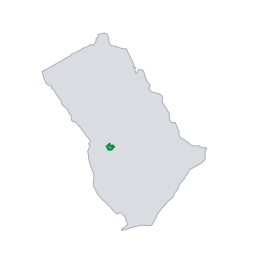 Techiman North, Brong Ahafo, Ghana (highlighted), rotated 331°
{"feature_id": "2480657B75157144819377", "entity_name": "Techiman North", "entity_type": "district", "adm_level": 2, "iso_a3": "GHA", "parent_name": "Ghana", "parent_adm1": "Brong Ahafo", "projection": "robinson", "projection_center": [-1.962, 7.702], "detail": "medium", "context": "in_parent", "style": "filled", "palette": "green", "viewbox_px": 256, "rotation_deg": 331, "n_neighbors": 0, "source": "geoboundaries", "source_scale": "gbopen_adm2", "svg_char_len": 3744}
<svg xmlns="http://www.w3.org/2000/svg" viewBox="0 0 256 256"><g transform="rotate(331 128 128)"><path d="M153.2,33.3L154.9,35.1L155.3,36.1L154.7,40.0L153.5,42.8L152.7,45.3L152.8,46.6L153.6,47.9L156.1,49.9L157.4,51.2L159.0,53.2L160.8,55.1L163.9,57.6L165.2,58.1L165.1,58.8L164.7,59.7L164.4,69.1L164.2,71.5L164.0,72.7L163.7,76.2L163.4,76.7L162.8,76.7L162.2,76.8L162.1,77.5L162.3,78.2L164.2,78.7L163.8,79.2L162.4,79.7L161.8,80.8L162.1,82.0L161.3,82.9L161.5,83.6L162.0,84.1L162.8,83.9L164.9,82.3L165.8,82.1L167.0,82.4L169.0,84.9L169.1,86.1L168.3,90.2L167.5,93.4L167.3,97.7L168.2,100.0L168.1,101.3L167.1,102.5L165.0,104.1L165.2,105.2L166.1,107.3L167.9,109.6L171.5,112.5L173.3,116.3L173.4,117.8L172.3,119.3L171.0,120.6L170.6,122.6L171.2,135.1L168.4,140.6L168.4,142.1L168.7,143.9L169.4,145.0L170.8,145.3L172.0,146.4L171.6,150.2L171.0,154.1L170.9,156.0L170.6,156.9L169.5,157.6L169.1,158.8L169.3,160.4L169.1,161.5L169.7,162.9L171.0,164.7L173.0,169.2L173.8,169.6L174.2,170.5L174.0,171.5L174.7,173.4L177.0,175.4L179.4,177.2L181.3,177.4L181.8,179.0L183.1,181.0L184.0,181.8L185.4,182.4L186.6,182.7L186.7,184.4L184.5,185.5L183.1,187.2L182.0,189.9L180.4,192.8L175.1,194.3L173.1,194.3L162.1,194.3L151.9,200.0L146.0,202.1L142.4,205.3L137.5,207.5L134.1,210.3L127.1,211.6L115.5,216.0L111.8,217.7L108.2,220.7L102.2,224.3L99.9,224.2L95.2,220.9L91.7,219.2L83.1,216.7L76.7,215.7L73.6,214.6L72.7,214.4L73.4,213.3L75.2,213.2L77.1,213.5L78.5,212.6L80.6,212.5L81.2,211.6L81.3,209.2L81.3,207.2L82.1,206.4L82.2,204.1L81.2,199.1L80.5,198.5L76.7,197.8L76.5,196.8L75.8,195.7L75.1,193.1L74.3,189.3L73.0,184.5L70.4,176.6L69.8,173.8L69.4,171.0L69.3,167.6L69.8,166.3L69.7,164.5L69.5,162.8L71.3,158.8L74.8,153.9L75.5,152.1L76.1,150.8L76.2,149.1L76.9,143.3L78.5,136.4L79.6,133.8L80.3,132.4L81.1,130.1L81.3,129.0L84.6,126.3L86.0,125.5L86.3,124.5L85.8,123.3L86.1,122.5L86.8,122.1L88.0,121.8L88.9,120.7L87.5,112.1L86.4,103.6L86.4,102.9L85.7,101.7L85.1,98.2L84.0,96.1L82.5,95.5L82.5,93.6L84.0,90.3L84.4,88.4L83.7,87.8L83.6,86.3L84.1,83.9L83.9,82.4L83.6,80.8L82.0,77.1L81.6,74.5L82.4,72.9L82.4,69.5L81.6,64.3L81.4,61.0L82.0,59.7L81.7,58.4L80.6,57.1L80.5,55.9L81.5,54.7L81.4,53.8L80.1,53.2L79.0,51.6L78.1,49.0L78.3,44.9L80.1,37.4L80.3,36.8L82.4,36.9L82.4,37.2L88.8,37.1L96.1,37.0L104.9,36.9L112.8,36.8L113.2,36.5L114.5,36.1L122.5,36.8L127.5,36.5L129.7,36.7L131.2,37.2L134.7,36.9L136.5,37.1L137.9,39.0L138.5,38.9L139.3,38.2L140.7,37.3L142.1,36.5L143.1,35.1L143.7,34.0L144.6,34.2L145.9,34.1L146.8,33.2L147.1,31.7L153.2,33.3Z" fill="#d9dde1" stroke="#a8b0b8" stroke-width="1"/><path d="M100.2,137.5L100.3,137.7L100.5,137.7L100.6,137.8L100.8,137.7L101.0,137.7L101.3,137.7L101.4,137.9L101.5,138.1L101.6,138.3L101.8,138.4L102.0,138.6L102.3,138.8L102.6,139.0L102.8,138.9L103.0,138.9L103.3,138.7L103.4,138.8L103.4,139.0L103.7,139.1L103.8,138.9L104.1,138.4L104.2,138.2L104.4,138.0L104.6,137.9L104.8,137.9L104.8,138.0L105.4,138.2L106.2,138.2L106.4,138.1L106.5,138.1L106.8,137.8L106.7,137.7L106.5,137.3L106.6,137.2L106.7,136.7L106.7,136.4L106.4,136.0L106.0,136.1L106.0,135.9L106.1,135.7L105.8,135.6L105.7,135.6L105.1,135.7L105.1,135.8L104.9,135.9L104.7,135.9L104.6,135.7L104.6,135.4L104.8,135.2L104.3,134.9L104.1,134.7L103.9,134.4L103.7,134.1L104.2,133.8L104.2,133.7L103.9,133.7L103.9,133.4L103.7,133.5L103.6,133.4L103.9,133.2L104.1,132.9L104.3,132.8L104.2,132.7L103.9,132.9L103.7,133.0L103.3,132.9L103.0,132.8L102.9,132.8L102.7,132.9L101.6,133.5L101.1,133.6L100.9,133.6L100.7,133.6L100.4,133.5L100.2,133.6L100.2,133.8L100.1,134.0L100.3,134.3L100.4,134.5L100.3,134.8L100.4,135.0L100.4,135.3L100.3,135.5L100.6,135.9L100.7,136.1L100.7,136.4L100.8,136.4L100.9,136.5L101.0,136.7L101.0,136.8L100.9,137.0L100.7,137.0L100.4,137.5L100.2,137.5Z" fill="#22c55e" stroke="#15803d" stroke-width="1.5"/></g></svg>